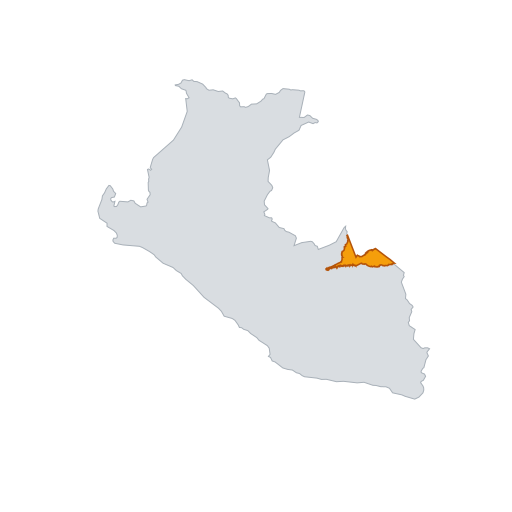 location of Tahuamanu, Madre de Dios, Peru, rotated 339°
{"feature_id": "86281439B15199345066694", "entity_name": "Tahuamanu", "entity_type": "district", "adm_level": 2, "iso_a3": "PER", "parent_name": "Peru", "parent_adm1": "Madre de Dios", "projection": "albers", "projection_center": [-70.382, -10.903], "detail": "fine", "context": "in_parent", "style": "filled", "palette": "amber", "viewbox_px": 512, "rotation_deg": 339, "n_neighbors": 0, "source": "geoboundaries", "source_scale": "gbopen_adm2", "svg_char_len": 9238}
<svg xmlns="http://www.w3.org/2000/svg" viewBox="0 0 512 512"><g transform="rotate(339 256 256)"><path d="M362.4,151.6L362.3,152.9L360.6,153.6L359.0,152.6L356.7,152.9L353.2,149.8L344.9,150.3L341.2,154.0L335.7,154.8L329.7,156.5L322.9,157.2L312.3,163.2L309.9,165.6L305.1,169.1L301.1,170.3L299.3,181.0L295.5,187.2L294.0,190.7L296.1,195.8L296.1,198.3L294.0,200.4L292.2,200.6L288.6,202.9L283.3,207.7L282.3,211.3L284.2,216.1L283.6,216.6L279.1,217.6L279.2,220.3L278.3,221.3L282.1,225.1L284.3,226.0L284.4,227.0L284.0,227.9L283.2,228.4L283.1,229.2L285.9,232.0L287.9,237.7L291.9,240.5L292.0,242.3L293.1,244.1L295.2,245.5L300.0,251.2L300.1,253.8L295.2,260.0L303.4,259.9L312.4,261.9L313.7,262.9L314.7,265.6L314.9,267.4L316.7,268.9L316.5,272.2L328.4,272.2L336.0,271.4L348.4,261.1L350.4,260.3L349.3,262.5L349.2,264.1L349.8,265.9L348.4,268.4L348.3,293.2L350.6,291.9L353.5,294.2L355.5,294.3L362.3,291.5L370.2,292.0L388.4,324.6L386.8,326.8L386.9,328.4L384.6,329.9L382.3,332.5L382.2,345.4L380.3,349.3L381.4,351.3L382.3,355.4L384.0,357.9L384.4,359.5L384.2,360.1L381.7,361.4L381.5,363.8L377.0,368.4L376.1,371.5L374.4,372.5L374.1,376.0L378.2,381.7L375.6,385.1L373.1,390.2L377.2,400.8L378.9,402.3L380.7,402.2L383.3,403.2L384.8,404.8L381.4,406.8L380.9,407.6L381.1,411.1L377.5,413.7L372.7,420.4L371.4,420.7L368.9,422.7L368.5,423.7L368.9,424.6L371.0,426.6L371.2,429.1L367.7,432.0L365.2,432.3L364.3,433.2L365.3,437.2L365.3,439.1L364.6,441.3L362.8,443.6L357.6,446.1L352.9,446.5L344.9,440.4L342.4,437.9L334.5,432.7L333.2,427.3L330.5,424.7L325.6,422.7L321.7,419.9L318.8,418.6L311.6,412.6L305.0,410.7L292.7,404.3L286.1,402.2L277.5,396.3L272.9,394.7L269.2,391.9L258.0,386.1L256.2,384.2L254.5,381.3L251.9,379.5L249.1,375.5L244.9,373.2L240.9,370.1L235.8,361.7L233.5,359.8L233.2,355.9L231.6,354.2L233.9,352.9L235.3,346.8L234.5,343.8L228.6,335.8L227.5,332.5L223.2,326.4L221.6,322.7L218.2,320.0L216.8,317.7L214.9,316.8L214.7,313.9L213.3,308.5L211.4,305.8L204.7,300.8L203.9,295.3L202.3,291.4L192.7,276.0L186.9,261.1L182.2,252.8L180.2,248.1L179.9,245.5L176.4,241.1L174.5,237.1L166.7,229.5L162.0,220.9L161.4,218.4L158.2,213.7L153.2,207.6L150.7,205.2L135.8,198.0L128.7,193.5L127.8,191.2L128.1,189.8L129.6,188.4L131.7,189.3L133.0,188.9L133.9,187.1L133.9,184.5L132.5,181.3L127.5,175.0L128.7,172.0L123.6,164.8L124.5,157.5L125.5,155.6L132.4,148.0L134.2,144.8L137.2,142.8L140.3,139.7L144.0,137.4L145.1,138.1L146.3,142.0L146.2,144.6L147.4,147.4L144.9,150.2L142.0,149.7L140.9,150.4L140.5,151.7L141.1,153.6L141.8,154.4L143.9,154.4L141.2,158.4L141.5,159.1L143.5,159.8L145.3,158.7L147.3,156.5L148.5,156.1L155.8,159.6L159.1,159.1L161.7,160.8L162.1,163.5L165.9,168.8L171.3,169.9L172.1,169.4L173.3,167.4L174.5,167.1L174.6,164.0L179.2,160.8L179.8,158.6L179.1,157.0L179.2,155.8L181.7,148.7L182.6,148.0L183.3,145.7L184.4,144.3L185.7,136.3L187.0,136.3L188.3,138.2L189.7,137.6L188.9,135.9L189.1,135.3L194.1,128.8L195.7,127.4L220.5,118.2L232.8,109.0L243.6,96.4L246.8,83.8L248.1,84.6L250.2,84.3L249.4,79.2L249.9,76.8L249.8,76.1L246.3,73.1L244.8,69.9L241.8,68.0L241.9,67.3L245.1,68.0L248.0,67.6L250.4,65.5L252.3,65.7L256.4,68.4L259.5,68.6L260.5,70.7L263.5,72.1L267.8,76.4L269.7,81.0L269.6,81.9L271.5,84.4L275.6,85.5L279.7,88.9L284.0,90.0L285.9,93.1L287.0,94.1L287.6,95.9L287.0,98.0L287.6,99.1L290.7,101.0L293.4,101.0L294.0,101.9L295.5,107.1L294.6,109.7L295.0,111.2L298.5,112.4L299.5,113.5L302.3,113.7L306.2,112.6L311.1,114.2L314.8,113.5L316.5,113.1L318.3,112.0L319.8,112.0L323.6,108.6L324.6,108.4L328.7,109.8L332.2,112.1L336.4,111.6L338.2,110.2L341.2,109.4L346.8,112.2L348.0,113.5L349.6,113.8L355.5,116.6L356.6,117.7L359.7,118.8L360.4,119.7L360.2,120.7L346.2,142.1L350.6,143.9L354.6,142.8L356.6,144.2L358.2,147.7L361.3,150.0L362.4,151.6Z" fill="#d9dde1" stroke="#a8b0b8" stroke-width="1"/><path d="M316.7,294.0L317.1,294.2L317.1,294.5L317.5,294.9L318.1,294.8L318.2,294.7L318.4,294.9L318.8,294.2L319.0,294.5L319.3,294.4L319.3,294.6L319.5,294.4L320.0,294.4L320.4,294.2L320.4,294.3L320.8,294.2L320.8,294.4L320.8,294.2L321.2,294.3L321.3,294.2L321.6,294.4L321.6,294.2L322.0,294.1L322.2,293.9L322.2,294.1L322.3,294.0L322.5,294.1L322.4,294.3L322.5,294.4L322.4,294.4L322.5,294.5L322.6,294.3L323.0,294.3L323.0,294.1L323.3,294.1L323.1,293.9L323.4,294.0L323.5,294.0L323.8,294.1L323.9,294.3L324.0,294.3L324.1,294.5L324.3,294.4L324.4,294.6L324.6,294.5L325.4,294.6L325.5,294.9L326.1,294.4L326.1,294.6L326.3,294.5L326.3,294.8L326.7,295.0L326.8,295.2L327.0,295.2L327.0,295.3L327.2,295.0L327.5,295.0L327.8,294.9L328.0,295.0L328.0,295.3L328.2,295.0L328.4,295.1L328.7,294.9L329.0,295.2L329.0,294.9L329.5,295.0L329.7,294.8L329.9,295.1L329.9,294.9L330.1,294.8L330.7,295.3L330.8,295.2L330.7,295.0L330.8,294.9L331.2,295.3L331.5,295.2L331.7,295.4L331.9,295.2L332.0,295.4L331.8,295.5L331.7,295.7L331.7,295.8L331.8,295.8L331.9,295.6L332.0,295.8L332.0,296.0L332.3,295.9L332.8,296.2L333.1,296.1L333.3,296.4L333.1,296.6L333.3,296.8L333.4,296.7L333.2,296.6L333.3,296.5L333.8,296.5L334.1,296.3L334.1,296.6L334.6,296.6L334.5,296.8L334.8,296.8L335.1,296.9L335.6,297.1L335.8,297.0L335.9,296.8L336.0,297.1L336.1,297.6L336.4,297.2L336.5,297.4L337.0,297.5L337.3,297.8L337.4,297.5L337.6,297.4L337.8,297.8L338.2,297.7L338.5,298.0L338.7,297.8L338.9,297.6L338.8,297.9L339.0,298.1L339.1,297.8L339.3,298.0L339.6,298.0L339.6,298.3L339.8,298.0L340.0,298.3L340.3,298.2L340.2,298.5L340.4,298.4L340.4,298.1L340.6,298.2L340.7,298.6L340.8,298.5L340.9,298.3L341.0,298.5L341.4,298.6L341.7,298.6L341.8,298.8L342.1,298.9L342.2,299.1L342.4,298.8L342.5,298.8L342.5,299.1L342.9,298.8L342.8,299.2L343.0,299.0L343.3,298.9L343.5,299.0L343.4,298.8L343.7,298.7L343.8,299.1L343.5,299.6L344.0,299.7L344.1,299.9L344.3,299.8L344.6,299.7L344.8,299.8L344.7,300.3L345.0,300.3L345.2,300.6L345.2,300.3L345.1,300.2L345.4,300.6L345.6,300.7L345.7,301.1L346.0,301.0L346.1,300.9L346.2,301.0L351.7,300.4L352.2,300.8L352.2,301.3L352.6,301.5L353.0,302.0L353.8,302.1L354.2,302.5L354.5,302.3L354.7,302.5L355.3,302.5L355.6,302.7L355.6,302.9L355.8,303.0L355.9,303.4L356.1,303.7L356.2,304.1L356.6,304.4L356.6,304.7L357.0,305.0L357.1,305.3L357.6,305.6L357.9,306.1L358.5,306.5L358.8,306.7L359.1,307.0L359.7,307.2L359.9,307.0L360.0,307.3L360.4,307.4L360.9,307.9L361.6,307.7L361.8,307.9L362.3,307.9L362.8,308.4L363.1,308.2L363.1,308.5L363.4,308.5L363.6,308.9L364.0,309.1L364.4,309.3L364.8,309.4L365.0,309.6L365.3,309.4L365.5,309.7L366.2,309.7L366.4,309.9L366.8,309.7L367.1,309.9L367.2,309.6L367.4,309.7L367.5,309.4L367.8,309.1L368.1,309.1L368.3,309.0L368.3,308.9L368.6,308.9L368.7,309.2L369.2,309.0L369.5,309.1L370.0,309.3L370.1,309.5L370.6,309.8L370.8,310.1L371.2,310.4L371.2,310.7L371.9,310.7L372.4,311.3L372.7,311.4L373.0,311.2L373.1,311.3L373.3,311.2L373.5,311.2L373.6,311.3L374.3,311.6L374.7,311.9L374.8,311.9L375.1,312.1L375.4,311.9L375.6,312.1L376.1,311.9L376.2,312.0L376.7,311.8L376.8,311.8L377.0,311.5L377.5,311.9L378.0,311.9L378.1,312.1L379.3,312.2L379.6,312.6L379.9,312.4L380.0,312.4L379.9,312.3L380.0,312.4L380.1,312.1L380.3,312.0L380.8,312.1L381.2,312.3L381.5,312.2L381.6,312.3L381.8,312.2L382.1,312.2L382.4,312.1L382.6,312.2L379.9,307.3L377.4,303.5L370.2,291.8L369.8,291.8L369.6,291.9L369.5,292.1L369.3,292.0L369.1,292.1L368.5,292.0L368.4,292.2L367.9,292.3L367.7,292.4L367.3,292.5L367.2,292.3L366.9,292.5L366.9,292.3L366.5,291.7L366.2,291.8L366.3,291.5L366.1,291.7L365.9,291.5L365.6,291.5L365.4,291.5L365.0,291.6L364.6,291.4L364.4,291.6L364.1,291.6L364.0,291.4L363.6,291.3L363.2,291.4L363.2,291.6L363.1,291.4L362.9,291.4L362.5,291.5L362.4,291.7L362.4,291.8L362.1,291.9L361.9,291.8L361.8,292.1L361.6,292.0L361.5,292.3L361.4,292.2L361.0,292.5L360.8,292.4L360.8,292.6L360.2,292.7L360.2,292.9L359.9,292.8L359.9,292.7L359.8,292.8L359.6,292.7L359.6,292.9L359.4,292.9L359.3,293.2L359.1,293.1L358.8,293.5L358.7,293.5L358.3,293.7L358.3,293.9L357.9,293.8L357.4,294.1L356.6,294.0L356.1,294.1L355.9,294.2L355.7,294.2L355.2,294.5L354.5,294.4L354.2,294.2L353.8,294.3L353.6,294.0L352.5,293.8L352.5,293.6L352.2,292.9L351.9,292.7L351.6,292.3L351.1,292.0L350.9,291.9L350.8,291.6L348.9,293.0L348.9,269.4L348.3,269.6L348.5,269.9L348.1,270.6L348.2,271.0L347.8,271.4L348.0,272.0L347.8,272.2L347.7,272.5L348.1,272.9L347.9,273.1L348.2,273.5L347.9,273.8L347.7,274.1L347.4,274.4L347.1,274.5L346.9,274.9L347.0,275.4L346.4,275.9L346.1,276.1L345.0,277.3L343.7,277.4L343.4,277.5L343.3,277.8L343.5,278.4L343.2,279.1L342.6,279.0L341.6,279.1L341.5,279.3L341.8,280.2L340.8,281.1L340.9,281.3L340.4,282.1L339.3,282.6L338.9,282.6L338.7,282.7L338.3,282.6L337.9,283.2L337.5,283.2L337.5,284.0L336.9,284.2L336.4,285.4L336.7,285.7L336.6,286.1L336.2,286.4L336.3,286.8L336.5,287.1L336.3,287.4L336.4,288.0L336.2,288.1L336.4,288.3L335.9,288.3L335.6,288.5L335.4,289.2L335.3,289.9L334.9,290.4L334.6,290.5L334.4,291.1L334.0,291.3L333.7,292.0L333.3,291.9L333.2,292.1L332.9,291.9L332.5,292.2L331.2,292.1L331.0,292.3L330.5,292.3L330.1,292.2L329.5,292.3L327.6,292.6L327.3,292.7L327.0,292.5L326.7,292.6L326.3,292.7L326.2,293.0L326.0,292.7L325.5,292.9L324.9,292.8L324.3,292.9L323.9,293.3L323.5,293.0L322.9,293.1L322.5,293.0L322.0,293.0L321.9,293.1L321.7,293.2L321.0,293.0L320.9,292.9L320.7,293.0L320.2,292.8L319.8,293.1L319.5,293.0L319.3,293.3L318.5,293.1L318.2,293.0L317.8,293.0L317.8,292.7L317.2,293.0L316.8,293.0L316.7,293.1L316.6,293.3L316.8,293.7L316.7,294.0Z" fill="#f59e0b" stroke="#b45309" stroke-width="1.5"/></g></svg>